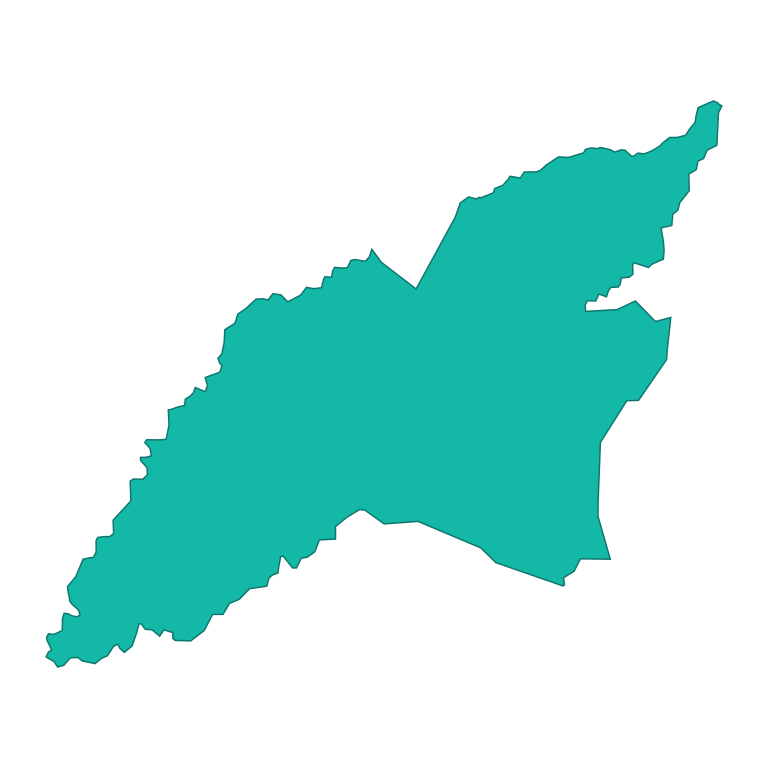 outline of Miguelete, Colonia, Uruguay
{"feature_id": "84410073B28336448089611", "entity_name": "Miguelete", "entity_type": "district", "adm_level": 2, "iso_a3": "URY", "parent_name": "Uruguay", "parent_adm1": "Colonia", "projection": "robinson", "projection_center": [-57.58, -34.054], "detail": "fine", "context": "isolated", "style": "filled", "palette": "teal", "viewbox_px": 768, "rotation_deg": 0, "n_neighbors": 0, "source": "geoboundaries", "source_scale": "gbopen_adm2", "svg_char_len": 5915}
<svg xmlns="http://www.w3.org/2000/svg" viewBox="0 0 768 768"><path d="M168.3,409.9L169.0,425.0L166.2,439.3L159.1,439.9L146.8,439.7L144.8,442.5L150.1,448.4L151.4,455.8L146.2,457.3L140.5,457.4L140.6,460.5L147.0,467.6L147.4,474.7L142.7,479.3L133.3,479.0L130.1,481.2L130.9,500.9L113.1,520.2L113.6,533.6L109.6,536.6L103.3,536.6L97.8,537.5L96.1,540.5L96.2,551.9L93.5,557.4L89.7,557.8L83.1,559.2L75.8,576.6L67.6,586.5L68.0,591.6L69.1,596.0L69.8,601.2L72.4,604.6L78.1,609.5L80.2,614.5L77.2,616.9L71.9,615.8L68.3,613.8L64.1,613.3L62.5,618.7L62.2,630.5L57.7,632.7L53.5,634.4L48.5,633.7L46.6,637.3L47.1,640.4L49.2,644.8L51.6,649.8L48.3,652.3L46.1,656.9L49.6,659.0L53.9,661.5L57.7,667.0L63.7,665.4L70.3,657.9L78.0,657.5L82.3,661.0L95.1,663.6L101.3,658.5L107.5,655.7L113.2,646.8L117.5,644.1L119.9,648.4L124.4,652.4L132.1,645.9L136.7,632.7L139.0,623.9L141.4,623.9L145.2,629.3L152.0,629.8L159.7,636.1L163.9,629.9L172.8,632.6L172.9,638.5L175.1,640.4L190.7,640.9L204.2,630.5L212.6,614.4L223.0,614.4L229.5,603.4L239.3,599.3L249.6,588.7L266.8,586.1L269.1,577.8L273.0,574.7L277.9,573.1L278.7,567.0L280.7,556.4L283.3,556.2L292.5,567.9L296.5,567.9L301.3,558.1L307.1,557.3L314.8,551.8L319.4,539.9L335.5,539.1L335.5,526.5L347.1,517.1L359.6,509.5L364.8,510.1L384.2,523.9L418.0,521.4L480.8,547.9L496.0,562.7L563.2,586.0L564.5,584.7L563.5,577.8L574.0,571.3L580.5,558.8L610.3,559.2L598.0,516.4L598.1,501.5L600.4,442.4L626.8,400.7L638.5,400.4L666.6,359.5L667.2,350.2L670.8,317.5L655.4,321.5L635.4,301.0L617.1,309.6L585.6,311.4L585.2,305.3L587.2,300.8L595.7,301.0L599.0,294.0L606.4,296.8L608.4,291.0L611.0,287.3L618.1,287.1L620.0,284.7L621.4,277.9L629.3,277.2L633.0,274.1L632.6,265.6L633.6,262.6L648.5,267.5L651.8,264.2L663.4,259.2L664.1,250.1L663.4,241.7L661.1,227.8L671.8,225.5L672.8,214.2L677.8,210.3L679.8,202.6L689.2,190.7L688.8,174.1L696.3,169.6L697.9,161.2L703.6,158.5L707.2,150.1L716.8,145.4L718.5,112.8L721.9,105.8L721.5,105.5L720.2,105.0L719.7,104.8L719.4,104.7L719.2,104.5L718.8,104.1L718.1,103.3L717.7,102.8L717.5,102.7L717.3,102.6L716.4,102.2L715.2,101.7L713.7,101.0L713.3,101.0L713.2,101.0L712.7,101.3L712.0,101.7L711.1,102.1L710.0,102.4L709.3,102.7L708.3,103.1L707.1,103.7L703.3,105.4L701.5,106.2L698.3,107.6L698.2,107.7L698.1,107.8L698.0,108.0L698.0,108.4L697.9,108.8L697.4,110.7L696.9,112.7L696.6,113.6L696.4,114.3L696.4,114.6L696.4,114.8L696.2,115.3L695.7,118.2L695.5,119.9L695.2,122.0L695.0,122.4L694.9,122.6L694.7,122.9L690.0,128.5L689.7,128.9L686.3,134.3L686.0,134.8L685.7,135.1L685.2,135.4L678.2,137.2L677.6,137.4L677.0,137.5L676.5,137.5L671.0,137.5L670.0,137.4L669.7,137.4L669.6,137.5L667.4,139.2L666.5,139.9L665.3,140.9L663.6,142.2L662.3,143.2L662.0,143.6L660.6,145.4L660.4,145.6L660.2,145.8L659.5,146.2L658.3,146.9L655.6,148.6L652.9,150.3L652.3,150.6L651.2,151.1L647.0,152.8L646.7,152.9L646.2,153.1L644.9,153.6L644.5,153.7L644.3,153.8L643.8,153.8L643.2,153.8L642.4,153.7L638.8,153.2L638.1,153.2L637.8,153.2L637.6,153.3L637.4,153.4L634.1,155.8L633.8,156.0L633.4,156.2L633.1,156.3L632.9,156.3L632.6,156.3L632.2,156.2L631.5,156.0L631.2,155.9L630.9,155.6L630.0,154.8L629.8,154.4L629.7,154.3L629.5,154.2L629.4,154.2L629.0,153.9L628.2,153.2L627.2,152.3L626.5,151.6L625.8,151.0L625.5,150.6L625.3,150.4L625.1,150.3L624.9,150.2L623.9,150.1L623.6,150.1L623.3,150.1L623.1,150.1L621.9,149.9L621.7,149.9L621.3,149.9L621.0,150.0L620.4,150.0L619.8,150.3L619.5,150.4L618.4,150.8L615.2,151.9L615.0,152.0L614.7,152.0L614.1,151.8L613.1,151.2L612.1,150.7L611.2,150.1L610.7,149.9L610.4,149.8L610.0,149.7L609.2,149.5L608.2,149.2L605.3,148.6L603.7,148.2L603.4,148.1L602.7,148.2L602.4,148.0L602.2,147.9L601.9,147.8L601.6,147.8L600.8,147.6L600.5,147.5L600.3,147.5L600.2,147.5L599.7,147.7L598.7,148.3L598.3,148.6L598.0,148.7L597.7,148.7L596.3,148.5L593.2,148.1L592.1,147.9L591.8,147.9L588.8,148.5L587.1,148.9L586.0,149.1L585.8,149.2L585.4,149.7L585.1,150.2L584.7,150.8L584.1,151.9L583.7,152.5L583.5,152.8L583.3,152.9L582.9,153.1L578.2,154.5L576.9,154.9L575.5,155.3L570.6,156.9L569.9,157.1L569.5,157.2L568.0,157.3L567.5,157.4L566.9,157.4L564.3,157.3L563.6,157.2L562.1,157.1L559.5,157.0L558.8,156.9L558.6,156.9L558.4,157.0L556.3,158.4L553.2,160.4L552.2,161.1L551.3,161.7L549.3,163.0L546.1,165.1L545.7,165.4L545.5,165.6L545.5,165.8L545.5,166.0L545.2,166.1L544.9,166.3L544.7,166.5L544.2,167.0L543.6,167.5L540.2,170.4L540.0,170.5L539.8,170.6L536.1,171.9L535.8,172.0L534.8,172.0L532.8,171.9L528.2,172.0L526.5,172.0L524.8,172.0L524.5,172.0L524.2,172.1L524.0,172.3L523.6,172.9L522.1,175.4L521.7,175.9L521.5,176.3L521.0,177.2L520.7,177.5L520.5,177.8L520.3,177.9L520.1,177.9L519.9,178.0L515.0,177.1L510.0,176.3L509.9,176.3L509.7,176.4L509.6,176.5L509.5,176.8L509.3,177.2L508.6,178.5L508.2,179.2L507.9,179.7L507.3,180.3L505.3,182.5L504.5,183.5L503.1,185.0L502.6,185.4L502.1,185.6L501.2,186.0L499.0,186.8L497.9,187.3L496.9,187.6L495.0,188.4L494.8,188.5L494.6,188.8L494.3,189.7L493.6,192.0L493.5,192.4L493.3,192.7L493.2,192.8L492.9,193.0L492.1,193.3L489.7,194.3L486.7,195.5L485.9,195.8L483.2,196.9L481.4,197.6L480.9,197.7L480.6,197.7L480.4,197.6L480.1,197.5L479.9,197.4L479.6,197.4L479.4,197.4L476.7,198.6L476.4,198.8L476.1,198.8L475.9,198.8L475.6,198.8L469.2,197.0L468.9,197.0L468.7,197.0L468.2,197.2L460.6,202.7L460.1,203.0L459.9,203.3L459.9,204.0L459.8,204.4L459.4,205.6L458.7,207.4L458.0,209.5L457.4,211.1L456.8,212.9L455.2,217.2L455.2,217.3L416.1,289.0L381.2,262.2L371.9,249.3L369.4,256.8L365.3,261.3L354.6,259.5L350.8,260.5L347.4,267.7L343.2,268.1L334.6,267.4L332.6,271.3L331.6,277.2L324.8,276.8L323.5,279.7L321.5,287.7L313.9,288.7L306.4,287.4L300.7,295.1L287.8,301.8L280.8,294.8L272.8,293.7L268.2,299.9L262.9,298.8L256.1,299.1L245.8,308.6L237.7,314.2L235.1,323.1L224.8,329.7L224.2,342.3L221.9,353.7L218.0,358.3L219.7,363.0L222.0,365.7L219.8,372.2L205.2,377.5L207.5,385.4L205.3,391.7L201.7,390.2L195.3,387.5L193.4,392.8L190.0,396.2L185.3,399.1L184.7,405.4L177.9,407.0L170.2,409.7L168.3,409.9Z" fill="#14b8a6" stroke="#0f766e" stroke-width="1.5"/></svg>